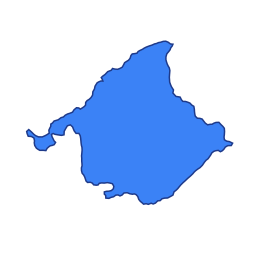 Vila Pavão, Espírito Santo, Brazil (Albers equal-area conic projection), rotated 350°
{"feature_id": "56859067B60026023213016", "entity_name": "Vila Pavão", "entity_type": "district", "adm_level": 2, "iso_a3": "BRA", "parent_name": "Brazil", "parent_adm1": "Espírito Santo", "projection": "albers", "projection_center": [-40.648, -18.607], "detail": "fine", "context": "isolated", "style": "filled", "palette": "blue", "viewbox_px": 256, "rotation_deg": 350, "n_neighbors": 0, "source": "geoboundaries", "source_scale": "gbopen_adm2", "svg_char_len": 3240}
<svg xmlns="http://www.w3.org/2000/svg" viewBox="0 0 256 256"><g transform="rotate(350 128 128)"><path d="M94.0,193.2L97.0,194.0L99.2,193.4L101.9,193.2L104.3,192.0L106.6,192.2L108.3,193.5L110.5,193.0L112.8,191.3L116.0,191.6L118.4,193.1L120.9,194.0L122.8,194.0L124.4,195.0L125.7,197.1L126.2,200.2L127.4,202.4L128.8,204.0L130.1,205.7L132.7,205.7L134.8,206.7L137.7,206.1L139.6,207.2L142.0,206.7L144.6,204.9L147.1,205.1L149.2,203.6L151.8,203.4L154.9,203.8L158.0,202.8L160.6,201.9L162.2,198.9L164.6,197.6L166.4,196.4L168.0,195.0L170.0,193.3L172.7,191.4L175.0,190.0L178.0,188.0L181.2,186.1L183.9,184.3L185.4,183.0L187.0,181.9L189.1,180.8L192.1,179.5L194.8,177.6L197.4,174.9L199.3,173.3L201.5,172.2L203.2,170.5L204.7,169.0L206.2,167.1L208.5,165.9L210.4,165.6L213.0,165.7L214.9,167.4L216.9,166.8L218.7,165.6L220.5,163.7L223.2,162.7L226.7,163.2L228.4,161.1L225.5,159.0L222.9,158.1L220.9,156.3L221.0,153.6L221.7,151.4L222.5,148.1L222.8,145.0L221.7,142.9L220.1,140.7L218.5,138.2L215.6,137.8L213.3,138.2L211.5,138.9L209.3,138.6L207.0,138.7L205.0,136.7L203.7,134.3L202.6,132.1L200.5,131.0L198.0,130.4L196.3,128.0L196.2,126.1L196.3,123.6L196.6,121.0L196.6,118.1L194.8,116.5L193.3,114.2L191.4,113.0L189.3,111.9L186.6,111.3L185.5,109.4L184.7,106.6L180.7,105.2L178.3,101.3L179.4,98.4L178.0,95.0L177.5,93.0L177.0,90.1L177.3,87.4L177.5,85.3L178.2,82.5L179.2,78.7L179.1,76.0L178.3,73.9L177.7,71.7L177.4,69.5L177.2,67.4L177.7,64.6L179.1,61.7L181.5,59.7L183.0,58.3L184.1,56.4L185.7,55.0L186.8,53.3L184.4,52.6L182.6,50.6L180.3,49.1L177.7,48.8L175.1,49.2L172.7,49.2L170.9,49.7L168.7,49.8L166.1,50.5L163.1,50.9L160.0,51.5L157.7,52.2L155.9,53.0L153.6,53.6L151.3,54.4L149.8,55.9L147.8,55.9L145.0,55.8L143.5,57.1L142.1,59.8L140.2,61.4L138.1,62.2L136.0,63.1L134.7,64.9L132.9,67.1L130.5,67.9L128.0,68.4L125.3,67.7L123.1,66.7L121.6,68.2L117.8,69.0L114.7,71.3L112.0,72.6L110.4,73.7L111.1,75.5L111.4,77.4L109.5,77.0L107.5,77.4L105.5,78.1L104.2,79.5L102.8,81.1L101.7,83.8L99.7,86.2L98.8,89.5L96.9,91.6L94.8,93.0L92.5,93.9L90.8,95.4L90.1,98.2L88.6,99.3L86.7,100.2L84.3,101.1L83.0,99.7L80.8,99.1L78.0,100.7L76.1,102.8L73.3,103.4L70.9,103.7L68.4,104.5L66.4,105.9L63.8,106.2L60.7,107.8L56.4,108.3L54.5,110.0L52.7,110.7L52.2,113.0L51.0,114.5L49.7,116.4L49.5,119.4L47.1,120.5L44.9,121.2L42.0,121.9L38.3,121.2L35.7,119.5L34.2,117.9L32.3,115.2L30.0,112.3L27.6,113.8L27.7,116.0L28.3,118.8L31.4,119.6L33.6,121.5L33.7,124.5L33.1,126.3L33.1,129.0L34.3,132.0L35.7,133.4L37.3,134.7L40.5,135.2L43.2,136.0L44.8,134.0L46.7,132.8L48.4,132.0L50.2,132.0L52.4,131.6L54.2,129.6L53.0,127.9L52.4,125.8L51.7,123.5L51.5,121.0L53.3,120.4L54.9,121.5L57.9,122.6L61.2,123.7L63.8,123.6L64.6,120.2L66.5,117.8L68.7,115.3L71.8,114.9L73.6,117.3L74.0,119.3L74.5,121.5L75.9,124.3L78.7,124.8L79.6,127.3L79.6,129.8L79.4,132.4L79.2,134.6L79.1,136.9L79.3,138.9L79.0,141.6L78.2,144.7L77.4,147.4L77.2,149.8L76.7,152.5L76.5,155.0L76.2,157.2L75.2,159.2L74.8,162.0L75.0,164.6L76.2,166.6L76.9,168.9L77.2,171.1L77.5,173.0L78.7,174.6L81.5,174.9L83.3,176.1L84.3,178.0L86.8,178.8L88.6,178.9L90.1,177.5L92.5,177.5L95.0,178.1L98.2,178.2L100.7,179.1L103.0,180.2L103.9,183.0L103.0,185.3L100.8,186.7L98.3,186.9L95.7,186.6L93.6,186.8L93.2,189.0L94.3,190.5L94.0,193.2Z" fill="#3b82f6" stroke="#1e3a8a" stroke-width="1.5"/></g></svg>